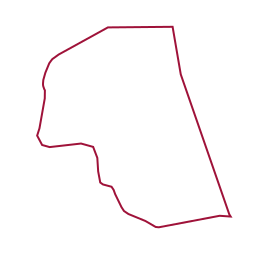 outline of Saint Elizabeth, rotated 353°
{"feature_id": "JAM-1373", "entity_name": "Saint Elizabeth", "entity_type": "Parish", "adm_level": 1, "iso_a3": "JAM", "parent_name": "Jamaica", "parent_adm1": "", "projection": "natural_earth1", "projection_center": [-77.826, 18.044], "detail": "fine", "context": "isolated", "style": "outline", "palette": "rose", "viewbox_px": 256, "rotation_deg": 353, "n_neighbors": 0, "source": "natural_earth", "source_scale": "10m", "svg_char_len": 585}
<svg xmlns="http://www.w3.org/2000/svg" viewBox="0 0 256 256"><g transform="rotate(353 128 128)"><path d="M219.1,228.4L208.3,226.3L146.5,230.3L143.4,229.6L133.9,222.4L117.9,213.4L113.9,209.9L111.9,205.8L107.2,192.1L106.2,187.7L104.5,184.3L96.3,181.0L93.8,178.7L93.1,167.4L93.9,153.9L91.1,142.5L79.5,137.7L47.9,137.4L40.7,134.4L36.9,124.5L40.1,117.5L49.0,88.5L50.1,80.5L49.6,79.2L49.0,76.4L48.9,74.9L49.1,73.3L49.8,70.0L52.7,63.1L57.7,54.2L59.8,51.9L61.3,50.4L68.2,46.6L120.3,25.7L184.6,33.0L186.9,81.2L218.0,226.0L219.1,228.4Z" fill="none" stroke="#9f1239" stroke-width="2"/></g></svg>